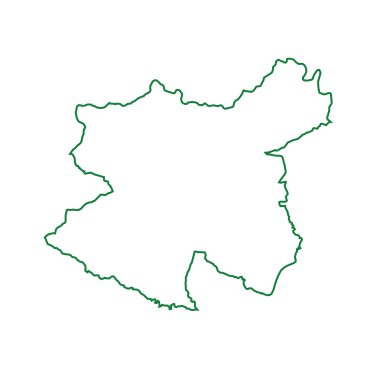 the district of Quirinópolis, Goiás, Brazil, rotated 351°
{"feature_id": "56859067B31652002665085", "entity_name": "Quirinópolis", "entity_type": "district", "adm_level": 2, "iso_a3": "BRA", "parent_name": "Brazil", "parent_adm1": "Goiás", "projection": "mercator", "projection_center": [-50.519, -18.453], "detail": "fine", "context": "isolated", "style": "outline", "palette": "green", "viewbox_px": 384, "rotation_deg": 351, "n_neighbors": 0, "source": "geoboundaries", "source_scale": "gbopen_adm2", "svg_char_len": 5952}
<svg xmlns="http://www.w3.org/2000/svg" viewBox="0 0 384 384"><g transform="rotate(351 192 192)"><path d="M283.3,277.2L283.9,274.9L283.3,273.0L285.1,268.5L286.4,267.1L286.7,265.0L288.6,265.0L289.9,264.5L288.8,263.8L289.8,263.4L289.3,262.3L290.0,261.5L290.7,259.3L293.2,256.4L292.8,254.7L291.2,254.4L291.1,252.8L290.6,251.6L288.2,250.6L287.2,249.9L285.8,247.4L285.9,246.1L287.7,245.0L287.3,243.4L285.6,242.8L286.9,241.0L285.5,239.7L285.9,238.2L283.8,236.8L283.9,235.4L283.3,233.7L284.2,231.8L283.5,230.4L283.2,226.0L281.9,222.6L281.7,220.3L277.2,219.8L276.3,217.3L276.8,215.5L277.8,215.4L282.2,216.2L283.8,216.0L284.3,215.1L283.9,211.4L286.2,209.0L286.2,207.2L284.9,203.0L284.5,200.5L284.9,199.4L286.0,197.9L286.2,196.6L281.0,196.7L279.5,196.1L281.6,193.6L286.5,188.9L287.8,187.0L287.6,179.0L287.3,177.5L287.1,174.1L286.8,172.0L285.9,170.6L284.4,169.9L281.6,169.5L278.8,168.7L274.5,167.0L272.8,166.8L271.5,166.0L270.7,164.7L274.3,164.9L280.8,163.6L281.7,164.3L282.8,164.4L287.5,162.6L290.1,162.3L294.3,158.2L295.3,157.8L300.4,156.6L304.9,156.1L308.5,154.0L309.9,152.8L312.7,152.3L314.7,151.2L316.6,151.3L320.4,150.2L321.5,148.2L323.0,148.1L325.8,149.1L327.2,147.4L328.7,146.7L329.7,145.0L331.6,145.0L334.8,147.0L338.4,144.3L339.9,144.6L339.1,143.4L338.0,142.4L337.1,140.8L337.2,139.5L340.3,133.2L340.9,129.6L343.5,126.7L344.0,125.6L344.5,117.0L343.5,115.8L341.7,115.7L339.0,116.3L337.6,116.2L333.5,114.0L333.2,111.8L333.2,108.5L333.8,102.7L337.5,94.8L337.2,92.4L336.7,91.3L335.3,91.2L333.8,92.3L330.8,95.5L328.8,99.2L327.8,99.8L323.9,100.0L321.3,99.6L320.0,99.1L319.2,97.9L319.5,96.3L322.4,93.4L323.8,90.8L324.0,89.1L323.8,87.3L323.5,85.7L322.6,84.1L321.4,82.9L319.9,82.4L318.2,82.4L316.8,81.8L314.6,79.6L313.1,77.1L309.1,75.5L306.8,75.4L305.7,78.3L304.8,78.8L303.3,78.5L302.1,77.3L300.8,76.8L298.1,74.9L295.7,75.9L294.5,79.2L293.2,80.3L291.7,81.1L291.2,83.6L290.0,85.9L289.0,86.9L281.1,90.3L279.9,93.1L278.5,94.7L276.8,97.4L275.9,98.0L272.1,98.0L269.5,100.8L268.0,101.9L266.2,102.4L260.2,100.5L258.8,99.7L256.5,103.3L254.2,105.8L251.9,107.7L249.7,108.5L247.7,110.2L246.4,113.5L245.3,114.4L237.7,115.0L236.5,114.2L235.3,111.8L234.1,110.8L230.4,111.2L226.8,109.7L224.0,109.8L221.5,109.5L219.9,107.6L218.4,106.4L216.6,107.5L215.0,107.8L212.4,106.9L210.9,104.9L209.8,104.2L206.1,103.1L201.7,103.1L201.0,104.0L199.2,104.1L197.5,103.1L196.5,102.3L196.0,101.1L195.7,99.1L197.5,94.1L197.0,92.2L195.6,89.7L193.7,88.8L192.4,89.0L190.3,91.6L188.8,91.5L181.3,87.7L180.7,86.4L180.7,84.0L180.0,82.0L177.4,80.1L176.4,78.4L174.5,76.3L172.9,75.8L170.5,76.6L167.5,80.7L167.0,82.5L167.0,84.7L166.3,86.1L165.2,86.9L164.2,87.4L162.2,87.7L159.9,89.1L159.2,89.9L157.9,89.9L153.5,91.0L149.6,93.2L146.6,94.1L145.7,95.0L142.1,94.9L139.8,96.1L137.2,96.2L134.6,93.7L131.5,92.9L129.9,93.4L129.1,92.7L125.2,91.9L124.3,91.1L119.0,94.7L115.1,94.8L111.4,93.7L108.7,91.6L107.3,91.2L106.0,89.9L102.8,89.2L99.6,89.9L96.8,89.7L95.7,89.0L93.8,88.5L92.5,89.0L91.6,90.0L89.6,95.6L89.7,99.4L90.1,102.2L91.1,104.7L95.2,107.4L96.2,109.2L96.7,111.5L95.0,113.6L94.5,114.7L94.1,117.6L93.1,118.9L90.6,124.9L89.5,126.3L86.1,128.3L83.2,130.6L80.9,131.7L77.5,135.3L79.1,135.7L80.4,137.0L80.6,138.4L81.4,139.7L81.0,144.8L81.5,146.8L82.4,148.3L83.8,148.7L84.0,150.5L84.9,150.8L85.4,152.0L86.6,152.9L87.7,154.6L89.0,154.7L88.8,156.4L89.4,157.2L94.9,157.0L96.0,157.9L97.4,158.4L98.6,159.5L107.3,163.5L107.0,166.3L107.5,167.3L108.5,168.0L109.5,168.0L110.7,168.7L110.7,171.1L112.3,173.3L113.3,176.3L113.8,179.0L110.9,180.0L109.3,180.0L106.1,181.5L104.9,181.4L103.9,180.8L101.1,180.4L100.0,181.5L94.5,185.4L93.1,185.5L92.0,186.3L88.8,186.3L86.6,186.7L84.1,187.8L79.7,191.2L77.5,191.9L75.7,191.9L71.8,190.8L69.0,190.7L66.3,190.0L65.4,190.4L65.0,191.9L63.6,194.9L62.5,201.5L61.7,202.5L59.4,203.2L57.6,204.7L52.7,206.7L51.8,207.9L50.3,211.5L48.5,211.0L43.8,211.3L40.2,213.2L39.5,214.0L40.1,215.5L41.0,219.8L41.7,221.2L42.9,221.7L46.1,224.0L47.3,225.7L49.9,226.4L50.8,227.7L52.0,228.4L53.0,229.3L53.6,230.3L53.8,231.6L54.5,232.5L57.7,233.8L60.6,234.5L62.3,235.5L63.1,237.0L63.9,237.6L66.2,238.4L67.3,239.4L67.5,240.5L69.4,242.3L70.7,243.4L72.6,244.1L73.6,245.2L75.2,248.1L74.9,249.6L75.0,250.9L74.4,252.2L74.4,253.3L76.3,255.0L77.2,253.8L80.0,256.0L82.0,258.9L83.3,259.4L84.8,259.3L86.7,259.8L86.8,261.6L88.2,263.5L90.7,263.7L92.3,263.0L93.9,263.9L97.0,264.4L99.4,262.9L100.8,262.9L101.9,263.7L103.2,266.5L105.3,269.0L106.4,271.5L107.3,272.5L110.2,273.7L110.1,274.9L112.2,276.7L113.6,277.4L115.2,277.5L116.7,277.0L118.3,277.4L118.3,278.8L122.6,279.9L124.4,281.4L125.9,284.6L128.0,285.9L131.4,290.5L134.4,291.1L135.1,293.0L136.6,292.3L138.6,292.1L139.3,293.9L138.1,295.5L138.9,296.1L140.0,296.0L141.3,294.2L142.1,294.9L142.3,298.9L141.7,300.1L143.7,299.9L144.7,298.8L147.2,299.9L150.1,300.4L151.8,302.7L151.6,304.2L153.1,304.1L153.6,302.9L153.1,301.0L155.0,300.0L156.9,299.8L157.1,302.4L158.3,303.3L161.0,302.7L162.6,303.1L164.0,302.8L167.6,304.7L168.3,306.1L170.9,306.9L172.0,308.0L174.4,308.8L177.0,308.5L178.8,309.1L177.4,306.5L177.0,304.7L177.6,301.8L176.9,300.3L175.3,300.6L174.1,299.5L174.8,297.5L174.1,296.5L172.0,295.1L172.0,292.9L172.8,291.3L171.9,289.1L170.8,288.0L170.7,286.2L171.3,282.9L171.2,281.7L172.1,278.4L172.6,275.0L173.6,274.0L174.3,272.0L175.9,269.4L176.7,268.9L179.7,262.6L180.8,261.7L185.3,251.3L187.2,251.6L188.6,252.4L194.5,253.4L195.5,254.1L195.6,256.8L194.8,258.5L194.6,260.1L195.5,261.1L196.1,262.8L197.2,263.1L201.4,266.2L202.7,268.2L204.1,269.4L204.6,270.4L205.1,273.8L206.7,275.7L207.7,276.2L209.7,276.6L214.9,280.0L216.6,280.9L219.9,281.8L220.9,282.9L222.3,282.9L224.0,284.4L226.9,283.4L228.1,283.9L228.2,286.2L229.5,286.2L230.4,287.3L229.0,288.5L228.6,291.4L229.9,295.1L230.9,296.3L232.3,296.5L233.3,296.1L235.8,296.5L237.2,298.4L240.5,301.0L242.6,301.7L244.4,303.1L245.4,302.8L246.7,303.9L250.2,305.8L252.6,305.8L254.4,305.3L256.9,301.8L261.5,292.4L264.7,287.2L267.7,283.3L270.6,281.4L274.1,279.8L281.0,278.2L283.3,277.2Z" fill="none" stroke="#15803d" stroke-width="2"/></g></svg>